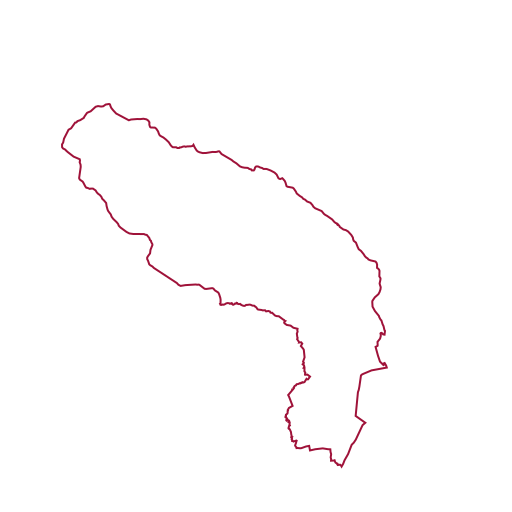 Bughea De Sus, Arges, Romania, rotated 321°
{"feature_id": "2599482B4060307411648", "entity_name": "Bughea De Sus", "entity_type": "district", "adm_level": 2, "iso_a3": "ROU", "parent_name": "Romania", "parent_adm1": "Arges", "projection": "natural_earth1", "projection_center": [25.027, 45.334], "detail": "fine", "context": "isolated", "style": "outline", "palette": "rose", "viewbox_px": 512, "rotation_deg": 321, "n_neighbors": 0, "source": "geoboundaries", "source_scale": "gbopen_adm2", "svg_char_len": 6104}
<svg xmlns="http://www.w3.org/2000/svg" viewBox="0 0 512 512"><g transform="rotate(321 256 256)"><path d="M236.0,454.4L232.8,443.0L249.5,426.0L251.6,424.7L254.1,422.6L262.4,414.9L263.9,414.8L265.5,415.2L273.8,417.6L287.4,425.0L288.2,423.0L288.6,420.1L287.5,419.8L287.4,421.1L286.4,421.0L285.9,416.1L288.0,410.4L291.7,401.9L293.9,402.3L294.4,401.9L296.4,399.2L300.4,398.3L302.5,396.8L303.4,395.7L304.0,394.5L304.6,394.4L305.3,394.8L305.5,397.0L306.4,398.0L309.1,395.4L309.2,394.4L311.0,390.7L311.4,388.8L312.9,385.0L312.8,383.7L313.3,381.1L313.8,379.9L313.8,373.6L314.7,368.7L317.5,364.8L318.3,364.1L322.3,362.9L327.1,362.7L329.3,361.8L331.8,360.2L333.3,358.7L334.3,356.1L334.8,355.1L337.8,352.7L338.7,351.7L339.0,349.5L342.6,345.3L343.0,344.2L343.0,342.8L342.6,341.4L344.7,338.9L345.4,337.1L345.4,335.5L342.2,331.4L341.2,329.5L341.2,328.0L340.7,326.7L340.5,324.7L340.8,322.3L340.8,318.1L340.1,315.4L340.7,312.9L342.1,308.5L341.5,305.7L342.0,304.2L342.9,302.6L343.3,299.6L343.0,294.9L342.1,292.4L340.6,290.4L339.4,286.1L339.7,285.1L339.6,283.1L339.0,283.1L339.0,282.5L339.5,282.2L339.3,281.4L338.7,280.6L338.3,278.8L338.2,275.5L336.5,269.6L335.7,267.7L335.3,266.0L335.3,262.4L332.0,256.1L331.6,253.8L331.9,252.0L331.8,248.9L330.0,245.8L329.6,243.1L328.7,241.3L328.7,239.4L327.8,236.8L327.0,233.0L327.5,231.1L327.8,227.3L327.5,226.0L324.0,221.9L323.7,220.9L325.1,217.6L325.6,215.7L325.5,213.1L325.4,212.1L323.2,211.4L322.7,210.6L322.4,209.7L323.3,205.7L322.9,202.8L321.2,198.8L319.3,195.5L318.7,194.7L316.6,193.0L316.2,191.6L314.8,189.6L314.2,188.1L313.3,187.1L312.4,186.5L311.1,186.6L309.1,187.9L308.1,188.1L306.6,186.8L306.8,185.8L305.5,184.0L305.4,183.2L304.9,182.2L302.6,180.1L301.0,178.2L299.9,176.2L299.1,171.7L297.9,168.2L297.5,166.0L293.4,155.1L293.4,151.7L292.5,150.9L291.3,150.5L290.1,149.8L287.6,147.7L282.0,144.5L279.3,142.4L277.3,139.7L276.5,138.0L276.3,136.6L276.7,133.1L277.4,130.2L276.0,130.6L274.3,129.7L271.6,127.6L270.0,126.8L269.6,126.0L268.3,125.1L266.1,124.4L265.0,123.6L264.5,123.8L263.9,123.4L262.8,122.5L262.5,121.4L259.8,119.1L259.5,117.9L259.4,116.2L259.8,112.7L259.3,108.8L258.6,105.6L257.7,103.5L257.1,101.7L257.5,99.7L258.3,97.6L258.6,94.3L258.2,92.6L255.1,89.9L254.9,89.0L255.7,86.9L257.3,85.0L257.5,83.0L256.9,80.9L254.9,78.5L252.1,76.7L249.9,74.8L244.8,71.3L242.6,70.5L237.0,57.3L236.7,53.0L236.7,50.1L237.1,48.3L237.9,46.3L237.5,45.4L234.5,43.7L231.5,43.5L229.7,42.4L227.6,40.1L225.3,39.1L218.6,39.5L215.2,38.5L214.5,38.5L210.3,39.7L209.1,40.3L204.9,39.8L202.0,38.8L201.0,39.1L200.1,39.0L199.4,38.5L192.7,40.4L189.8,39.9L180.6,44.0L177.5,46.5L175.5,47.2L173.8,49.4L173.7,50.9L174.8,53.5L174.7,54.1L175.1,56.7L176.8,64.0L179.9,69.9L179.1,71.3L178.0,72.1L177.1,74.7L175.8,76.5L167.6,84.1L167.3,84.9L167.2,86.0L168.1,89.0L168.0,90.2L167.1,94.7L167.1,96.2L167.9,97.0L169.1,99.3L170.0,99.6L171.7,101.0L172.6,104.1L172.3,106.5L172.5,108.6L173.0,110.1L173.1,112.6L172.5,114.8L172.8,116.9L172.9,120.5L171.3,123.2L169.8,126.6L169.4,128.3L169.3,132.3L168.5,134.6L168.4,137.3L169.0,142.1L169.0,144.4L168.4,146.1L168.6,148.5L170.5,155.8L171.8,158.8L174.5,161.7L182.7,168.4L183.4,169.8L184.4,170.9L184.4,174.9L183.7,176.7L183.9,178.1L183.3,179.4L182.9,181.6L182.4,182.3L177.9,184.8L175.3,187.3L172.1,188.1L170.5,188.7L169.5,189.9L169.1,191.8L167.8,195.3L168.0,196.6L168.9,199.0L169.1,201.0L177.5,227.3L177.6,229.5L178.6,231.8L182.8,234.2L191.2,240.2L192.2,241.3L193.5,242.2L193.9,242.8L195.4,249.1L196.6,250.3L201.7,253.4L202.4,254.5L202.4,256.8L203.7,260.7L203.3,262.5L201.9,266.1L200.9,267.8L198.5,270.6L198.0,270.5L197.7,271.5L198.1,272.1L199.7,272.8L199.8,273.2L200.9,273.8L203.1,274.1L204.3,274.7L205.4,275.8L205.7,276.8L207.2,277.1L207.5,277.4L207.6,277.8L207.1,278.2L207.5,279.5L209.0,279.9L209.6,279.7L210.4,280.3L211.4,280.1L211.8,280.7L211.5,281.3L212.0,282.1L212.5,282.7L213.5,283.2L213.8,284.5L213.7,284.7L214.8,286.7L215.9,287.7L217.6,287.8L218.1,288.3L220.4,289.7L221.1,290.5L222.0,292.3L223.4,293.6L223.5,293.9L223.4,294.5L223.9,296.0L223.7,298.4L224.0,299.0L226.4,301.5L227.0,302.5L228.9,303.9L229.0,305.4L231.0,306.5L231.9,308.0L231.6,309.1L232.0,309.7L232.8,310.2L233.3,314.2L234.1,315.6L235.8,317.2L237.2,322.7L237.5,323.2L237.6,324.7L237.8,325.0L236.2,325.2L235.9,325.7L235.8,326.2L236.5,328.9L239.1,331.9L239.9,335.3L242.5,338.7L241.3,339.8L240.7,341.0L238.9,342.0L237.0,345.1L236.8,345.9L235.6,346.5L235.3,350.3L235.1,350.4L236.8,351.5L236.8,353.2L234.2,354.2L234.3,357.7L234.1,359.0L230.0,365.3L226.0,367.8L226.1,368.9L225.6,369.4L224.1,369.5L224.1,369.9L224.5,370.6L224.5,371.2L224.0,372.2L222.7,372.9L223.3,373.4L221.0,376.2L221.0,377.5L219.5,378.9L219.4,379.2L221.3,380.5L222.1,383.7L218.8,384.6L217.8,383.8L217.8,383.3L214.3,384.5L213.0,384.0L212.8,383.4L211.6,383.0L211.5,383.3L210.0,382.8L209.9,382.4L208.1,382.0L207.1,381.3L206.4,381.3L205.7,381.7L204.3,381.3L202.3,382.0L202.4,382.5L200.6,383.0L200.3,383.0L200.0,382.6L199.3,383.2L193.5,384.3L193.2,385.9L190.1,395.5L186.0,394.8L183.7,395.7L183.7,396.2L182.5,396.9L181.9,397.8L181.2,398.2L179.4,398.2L178.8,399.0L178.2,399.1L178.2,399.7L178.0,400.0L177.6,400.0L177.8,401.0L177.6,401.3L177.8,401.7L177.4,402.0L177.6,402.7L177.4,402.8L177.0,402.5L176.3,402.5L176.1,402.8L176.2,403.2L176.7,403.0L176.9,403.4L177.1,403.2L177.5,403.6L178.0,404.5L178.0,404.8L176.8,405.6L177.2,406.0L177.6,406.0L177.3,406.8L176.1,407.8L175.7,409.0L174.9,408.8L172.9,410.2L172.8,410.6L173.2,410.7L173.1,412.2L172.4,414.8L171.2,416.7L170.5,418.2L169.9,418.6L170.2,419.3L169.3,419.4L169.4,420.0L169.0,420.7L168.4,420.8L168.1,421.7L168.2,422.1L167.7,422.6L168.4,423.3L168.4,423.8L171.2,424.8L171.3,425.2L170.4,425.6L169.7,426.3L167.2,427.8L166.9,428.9L167.0,430.0L166.6,430.8L167.5,431.4L169.3,433.2L170.4,433.9L175.0,435.5L177.8,437.0L175.6,441.1L180.5,443.5L186.8,447.5L190.4,451.5L192.1,453.0L190.6,455.2L189.7,457.3L187.3,459.5L186.5,461.2L185.5,462.3L187.7,463.9L188.5,464.2L187.9,465.8L187.8,466.8L188.6,468.6L188.1,468.9L188.0,469.9L190.0,471.1L190.2,472.4L190.0,473.5L192.9,472.4L196.2,470.5L202.9,467.9L211.6,462.9L214.5,462.6L218.0,461.5L232.4,454.5L236.0,454.4Z" fill="none" stroke="#9f1239" stroke-width="2"/></g></svg>